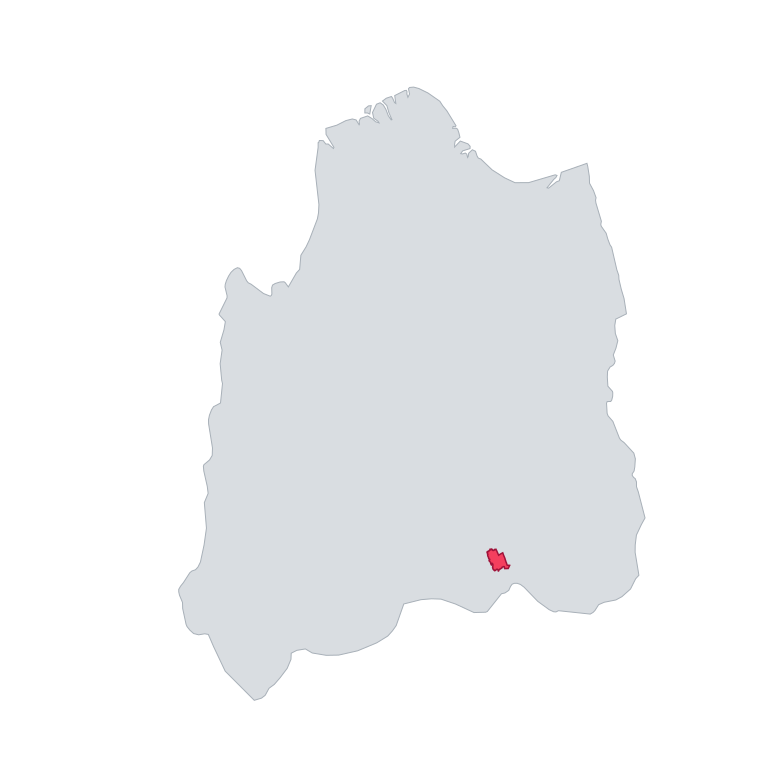 location of Safana, Katsina, Nigeria, rotated 164°
{"feature_id": "59680162B21692666530817", "entity_name": "Safana", "entity_type": "district", "adm_level": 2, "iso_a3": "NGA", "parent_name": "Nigeria", "parent_adm1": "Katsina", "projection": "equal_earth", "projection_center": [7.279, 12.516], "detail": "fine", "context": "in_parent", "style": "filled", "palette": "rose", "viewbox_px": 768, "rotation_deg": 164, "n_neighbors": 0, "source": "geoboundaries", "source_scale": "gbopen_adm2", "svg_char_len": 6198}
<svg xmlns="http://www.w3.org/2000/svg" viewBox="0 0 768 768"><g transform="rotate(164 384 384)"><path d="M595.9,115.7L615.8,151.7L620.2,178.5L621.9,191.7L625.2,193.3L631.3,194.0L635.8,196.6L638.5,201.0L640.2,205.1L640.5,207.6L639.4,223.7L637.9,229.5L638.8,237.4L638.6,240.8L637.9,243.2L635.2,245.8L631.5,248.4L622.7,256.1L620.2,257.2L616.5,257.4L613.3,259.3L609.5,263.5L601.3,278.9L594.4,294.4L589.4,319.5L583.2,327.3L582.1,334.3L581.2,350.0L580.3,354.7L579.3,356.1L572.6,359.1L568.8,362.7L566.5,369.8L563.6,394.0L562.6,397.9L560.4,402.1L557.0,406.6L554.1,409.2L546.4,410.8L539.1,429.0L539.0,432.2L535.9,448.7L530.3,461.2L529.9,469.2L522.9,480.2L519.3,487.7L523.1,495.5L523.3,496.7L511.2,510.0L510.5,512.0L510.1,521.1L509.1,523.6L506.9,526.9L503.6,530.6L500.3,533.5L496.5,535.5L492.9,536.2L490.9,535.0L489.7,532.3L487.6,521.1L486.6,518.7L484.2,516.5L474.9,504.2L469.2,499.8L468.0,500.1L467.0,501.3L465.4,507.5L463.9,509.8L460.9,510.6L455.7,510.7L451.9,509.8L451.0,508.6L449.2,503.7L437.6,514.9L433.5,517.4L428.4,530.7L421.1,537.3L416.0,543.1L402.5,561.1L399.8,566.5L397.1,574.4L391.4,608.4L382.1,629.6L380.8,634.1L380.3,634.0L379.0,635.9L375.4,634.7L373.8,630.7L371.5,630.1L367.7,624.3L366.9,625.3L370.9,639.9L369.4,645.7L358.0,645.8L348.1,647.7L341.4,647.5L338.0,645.5L336.5,640.0L335.9,640.5L335.5,643.5L333.4,645.8L325.8,646.2L322.4,642.5L319.7,638.3L316.8,636.4L317.3,638.2L320.6,642.3L320.2,648.2L314.1,655.0L310.2,655.4L307.8,652.4L306.5,647.6L305.9,640.6L304.3,635.9L303.5,635.9L304.5,643.6L304.5,650.8L307.5,656.4L303.0,658.1L297.6,658.3L296.9,656.3L296.3,651.6L295.3,650.4L294.2,658.3L283.2,660.4L281.6,660.1L281.3,658.7L282.1,656.5L282.0,653.0L279.5,655.7L279.1,661.1L277.7,662.0L273.6,661.2L269.0,658.4L261.5,651.6L252.4,640.4L250.9,635.4L248.3,629.3L243.6,612.4L244.5,611.6L246.6,612.5L247.6,610.9L243.8,609.8L243.0,608.5L242.8,604.8L243.0,600.2L248.7,597.8L250.0,595.1L250.8,592.3L243.7,596.5L237.1,591.7L235.7,588.8L236.4,586.6L244.1,586.4L246.8,584.3L245.1,583.5L242.2,583.6L241.1,582.2L241.2,578.7L240.3,579.5L239.0,582.5L234.5,584.8L231.9,582.5L231.7,577.5L231.1,575.2L228.9,573.5L221.1,560.1L211.3,549.0L202.6,541.4L189.4,537.7L161.8,537.9L160.2,536.8L161.9,535.1L164.4,533.9L173.2,527.7L171.8,526.9L162.5,530.8L159.4,531.1L155.2,538.6L128.1,540.2L128.2,536.8L129.4,527.0L131.1,520.3L129.3,512.1L128.8,504.6L130.0,502.4L130.4,499.6L130.2,480.5L131.6,477.7L131.7,475.8L128.9,467.7L128.9,461.5L128.4,455.5L127.5,452.7L128.7,429.6L128.4,423.8L129.3,419.8L129.8,409.8L129.7,400.0L131.6,384.6L143.3,382.5L146.1,376.5L147.7,368.8L147.3,361.2L151.1,354.6L155.6,348.7L155.5,342.3L156.8,340.3L158.9,338.8L162.0,338.0L165.5,334.8L167.4,329.2L169.4,320.2L166.4,313.9L166.5,312.5L167.6,309.1L169.5,305.8L170.9,304.7L174.3,305.6L175.4,304.2L177.6,294.3L177.4,291.6L174.3,285.0L172.6,267.0L171.7,264.6L169.3,261.4L162.9,248.7L163.0,242.8L165.8,235.1L167.6,231.4L170.1,229.3L170.6,227.6L169.8,225.4L168.6,223.8L168.3,220.3L169.6,215.6L169.3,210.3L170.0,183.3L175.3,178.0L183.0,169.2L186.9,160.0L189.0,153.0L191.7,129.9L195.8,127.4L203.5,119.0L213.9,114.0L220.7,112.5L232.5,113.5L238.5,112.7L243.7,108.1L246.0,106.8L249.2,106.0L278.8,118.0L281.5,117.5L283.7,118.3L287.4,121.5L296.1,132.7L305.3,150.0L308.1,153.7L310.9,155.7L313.8,156.5L316.1,156.2L318.2,154.5L321.0,151.2L325.4,149.8L328.9,150.0L347.4,136.8L349.2,136.6L360.5,139.5L375.9,152.8L388.5,161.5L397.4,164.4L407.9,166.5L425.6,167.1L438.9,148.4L443.9,144.4L449.8,140.7L462.3,137.2L482.9,134.8L502.3,135.9L514.3,139.1L527.1,145.2L532.6,151.0L541.2,152.0L547.4,150.8L549.3,145.0L555.4,137.4L564.7,130.4L572.2,125.5L578.4,123.2L583.9,117.6L588.3,115.8L595.9,115.7ZM326.5,653.8L322.3,655.6L319.6,655.1L323.3,647.4L325.2,649.1L327.7,649.8L326.5,653.8Z" fill="#d9dde1" stroke="#a8b0b8" stroke-width="1"/><path d="M328.0,195.4L328.0,195.2L328.3,195.1L328.5,195.0L328.9,194.9L329.0,194.7L329.4,194.6L329.5,194.5L329.5,194.3L329.6,194.2L330.1,194.2L330.4,194.1L330.5,194.3L330.4,194.4L330.5,194.5L330.9,194.4L331.0,194.1L331.1,193.8L331.3,193.8L331.4,193.5L331.1,192.9L331.1,192.7L331.2,192.4L331.3,192.3L331.1,192.0L331.1,191.7L331.3,191.7L331.5,191.2L331.6,190.1L331.6,189.7L331.3,188.8L331.3,188.4L331.5,188.2L331.4,187.1L330.7,186.4L330.8,185.9L331.1,185.6L331.6,185.5L331.7,185.0L331.5,184.6L331.3,184.2L331.2,183.9L330.9,183.5L330.7,183.2L330.8,182.9L330.8,182.7L330.9,182.4L330.9,182.2L330.9,181.9L330.8,181.7L330.7,181.6L330.8,181.3L330.8,181.2L330.8,180.9L330.8,180.7L330.7,180.6L330.5,181.1L330.4,181.2L330.3,181.4L330.2,181.5L330.0,181.8L329.9,181.8L329.6,181.8L329.6,181.6L329.4,181.4L329.1,181.1L329.0,180.7L329.1,180.4L329.3,180.2L329.3,179.9L329.4,179.3L330.1,178.0L330.2,177.5L330.0,177.1L330.2,176.8L330.2,176.4L330.2,176.1L330.0,175.5L329.8,175.2L329.7,175.0L329.6,174.9L329.5,174.7L329.4,174.7L329.4,174.4L329.1,174.0L328.9,174.0L328.8,174.3L328.2,174.1L327.5,174.4L327.0,174.8L326.3,174.8L326.2,174.7L325.9,174.4L325.7,174.2L325.4,173.8L325.4,173.7L325.5,173.5L325.6,173.3L325.7,173.1L325.8,173.0L325.7,172.8L325.5,172.7L325.4,172.9L325.1,173.1L324.8,173.5L324.5,173.7L324.3,173.7L324.1,173.8L323.5,174.2L323.3,174.3L323.2,174.3L323.0,174.2L322.9,174.3L322.7,174.3L322.4,174.4L322.2,174.4L322.0,174.5L321.9,174.6L321.7,174.7L321.4,174.7L321.3,174.8L321.2,174.8L321.1,175.0L320.9,175.2L320.9,175.3L320.3,175.4L319.4,175.5L319.2,175.5L318.8,175.3L318.9,173.3L315.5,172.4L314.5,173.5L313.2,175.0L313.6,175.2L314.3,175.4L314.5,175.5L315.1,175.7L315.3,175.9L315.5,175.9L315.6,176.2L315.6,176.4L315.6,177.1L315.6,177.3L315.6,178.1L315.7,178.6L315.8,180.0L315.8,180.7L315.8,181.3L315.9,181.9L315.8,182.7L315.9,183.3L315.9,184.1L316.0,184.6L316.1,185.2L316.1,185.5L316.2,186.1L316.4,189.0L318.4,188.6L320.7,187.9L321.0,187.8L321.7,193.0L322.0,194.3L322.6,194.0L322.8,194.1L323.2,194.4L323.3,194.5L323.5,194.4L323.6,194.1L323.8,193.9L324.2,193.9L324.6,193.8L324.8,193.8L325.0,193.9L324.9,194.0L325.0,194.2L325.2,194.3L325.3,194.5L325.5,194.7L325.6,194.8L325.6,195.1L325.7,195.4L325.9,195.5L326.1,195.7L326.3,195.8L326.4,195.7L326.5,195.7L326.5,195.3L326.7,195.2L326.8,195.3L327.0,195.4L327.1,195.5L327.1,195.4L327.3,195.2L327.5,195.2L327.6,195.3L327.8,195.4L328.0,195.4Z" fill="#f43f5e" stroke="#9f1239" stroke-width="1.5"/></g></svg>